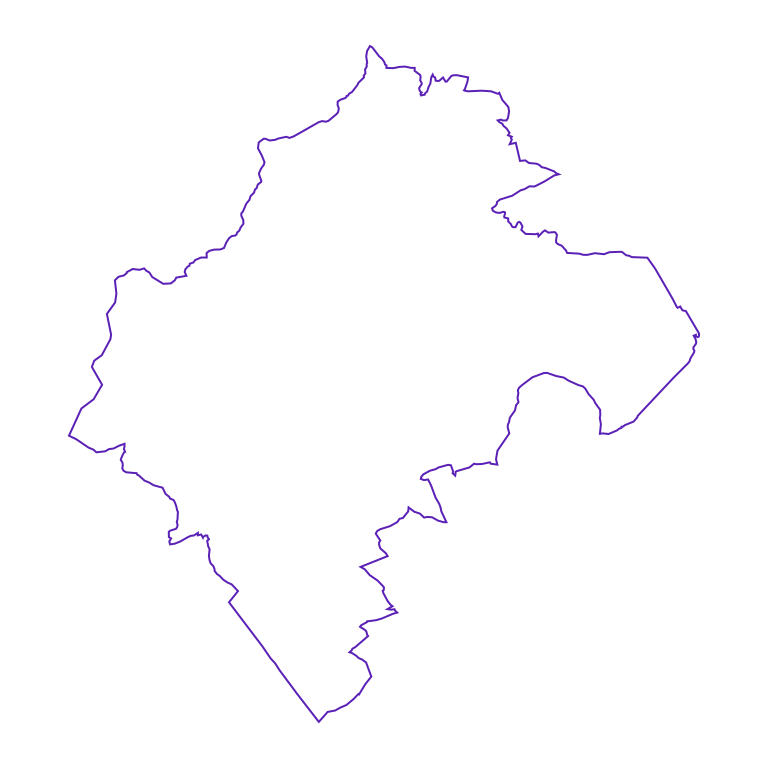 the district of Telega, Prahova, Romania
{"feature_id": "2599482B944231633317", "entity_name": "Telega", "entity_type": "district", "adm_level": 2, "iso_a3": "ROU", "parent_name": "Romania", "parent_adm1": "Prahova", "projection": "natural_earth1", "projection_center": [25.817, 45.132], "detail": "fine", "context": "isolated", "style": "outline", "palette": "violet", "viewbox_px": 768, "rotation_deg": 0, "n_neighbors": 0, "source": "geoboundaries", "source_scale": "gbopen_adm2", "svg_char_len": 6046}
<svg xmlns="http://www.w3.org/2000/svg" viewBox="0 0 768 768"><path d="M318.8,721.9L327.7,711.9L335.2,710.5L340.3,707.6L346.4,705.0L353.5,699.1L358.3,694.1L359.0,694.5L365.2,684.3L371.3,676.6L366.1,662.5L362.2,659.6L358.7,658.1L356.3,655.8L351.9,653.0L349.5,652.3L351.7,650.3L352.4,648.7L355.3,647.1L368.1,636.0L367.2,634.9L366.5,631.9L365.3,630.2L360.0,626.8L361.1,625.3L366.9,622.1L367.0,621.4L376.0,620.2L381.6,618.6L392.9,613.8L397.2,612.6L394.9,610.4L394.5,609.2L391.2,609.7L387.5,609.1L392.5,606.2L390.5,604.7L387.6,601.0L383.4,593.2L382.7,590.8L383.6,590.3L384.0,588.0L383.5,586.7L377.5,580.5L369.7,575.1L364.8,569.3L360.6,566.9L387.6,556.1L386.0,553.4L380.3,548.4L379.1,544.7L379.1,542.4L380.3,540.5L375.8,533.7L376.4,532.3L377.5,530.8L380.3,529.2L389.9,526.2L397.3,522.1L399.5,518.8L402.9,518.0L408.2,511.4L408.6,507.4L414.2,511.7L419.9,513.6L424.1,517.6L427.3,516.9L432.1,517.3L438.0,520.6L443.6,522.2L446.4,522.2L441.3,511.3L440.6,507.6L439.2,503.8L435.7,497.9L431.0,485.3L428.1,479.5L424.0,480.1L420.8,478.9L421.4,476.6L423.4,474.3L430.0,470.7L435.8,469.1L438.1,467.6L448.1,464.8L450.9,465.3L453.2,471.6L452.6,473.2L455.2,475.6L455.7,472.0L456.2,471.3L469.5,467.4L474.1,463.7L476.2,464.2L482.0,464.0L489.8,462.3L490.7,463.7L497.3,464.6L496.0,459.2L497.5,450.6L509.3,433.4L507.7,427.3L507.9,424.6L509.1,421.9L509.8,417.8L515.0,410.4L516.1,405.2L518.5,402.3L517.5,398.0L518.4,393.0L517.9,391.1L518.1,389.6L519.2,387.6L522.3,384.9L532.4,377.3L543.9,373.0L547.1,372.9L556.1,376.0L563.9,377.6L568.6,380.7L578.2,385.0L582.9,386.4L585.3,388.6L588.5,394.0L593.7,399.8L595.1,402.8L600.1,409.8L600.3,415.0L599.8,417.9L600.9,424.3L599.9,433.8L602.8,433.4L608.6,434.0L616.8,430.5L619.3,428.6L621.3,428.0L621.6,426.7L622.9,426.7L624.9,425.1L633.6,421.6L637.3,417.3L637.7,415.9L673.5,377.8L687.9,363.4L689.6,361.2L690.5,358.2L694.1,352.3L694.4,350.9L693.4,349.0L693.4,347.4L695.9,343.8L696.3,342.4L695.5,338.9L693.7,335.7L695.9,334.8L696.0,336.4L697.8,337.1L698.8,336.6L699.0,335.5L699.0,333.4L685.9,311.1L682.4,310.3L680.2,306.5L677.7,307.8L676.7,306.8L672.5,298.6L655.2,268.7L647.4,257.7L631.8,257.1L629.0,255.7L626.2,255.3L622.1,252.0L620.4,251.8L609.4,252.2L604.0,254.2L594.9,253.2L587.2,254.9L583.0,254.8L579.7,253.7L567.1,252.9L566.0,250.5L561.7,245.7L557.9,244.1L556.3,242.7L556.0,240.9L556.9,234.7L555.5,232.6L554.3,232.1L548.3,232.6L545.0,230.4L543.2,231.5L538.5,236.3L537.9,233.6L535.4,234.2L525.6,233.9L521.3,229.9L522.5,226.4L520.4,222.6L519.2,221.9L517.7,222.6L515.5,227.2L512.8,227.1L511.8,226.2L510.9,224.1L508.2,221.4L508.2,218.4L504.4,217.5L504.2,216.5L505.1,213.1L504.7,212.1L503.4,211.8L499.6,212.9L496.0,212.5L492.9,210.8L492.0,208.3L495.4,206.0L496.8,204.0L497.0,202.0L499.8,199.6L512.3,195.7L520.8,190.2L524.4,189.2L529.5,186.3L534.1,186.5L535.8,185.9L544.2,181.6L554.3,175.4L558.8,174.3L555.9,173.0L554.2,171.4L545.5,168.0L541.8,167.2L539.2,164.9L536.6,163.7L528.9,163.0L525.4,160.4L520.0,160.9L515.8,142.8L509.7,144.2L511.8,139.6L510.9,138.0L511.8,136.7L508.0,135.3L509.5,132.8L506.5,128.4L503.5,125.9L502.3,123.7L499.3,122.1L497.7,120.4L501.0,119.6L502.9,120.5L506.5,120.4L508.0,117.9L509.1,111.3L508.3,106.9L502.3,99.9L499.3,92.8L497.9,93.8L491.1,91.3L481.7,90.7L468.0,91.3L464.9,90.7L464.0,90.3L464.9,89.0L467.4,81.8L468.1,77.4L457.0,75.2L454.0,75.2L451.5,75.8L446.7,81.6L445.5,81.6L443.0,77.5L439.4,80.7L438.0,81.0L435.7,80.7L435.2,77.6L433.5,76.6L432.7,74.6L431.3,77.2L430.3,83.7L428.5,87.1L427.2,91.4L424.9,93.6L424.7,94.7L421.0,95.4L420.5,93.9L421.7,92.5L420.8,92.1L419.6,90.4L419.1,88.1L421.7,84.1L421.6,82.8L420.2,80.4L420.6,77.0L420.2,75.0L414.6,70.8L414.7,67.9L411.2,67.9L405.2,66.6L399.5,66.9L393.0,68.2L386.4,67.9L386.5,65.5L385.0,64.4L384.3,62.0L381.9,58.6L379.2,56.4L372.3,47.4L369.9,46.1L367.1,51.0L366.2,56.4L367.2,62.8L366.6,64.1L366.8,66.4L365.1,69.4L365.4,73.6L363.8,75.5L363.9,77.5L358.4,82.8L357.3,85.2L352.0,92.0L349.3,93.6L347.9,95.7L346.6,96.0L346.3,97.2L345.1,98.1L340.5,99.7L337.7,101.6L337.6,105.0L338.8,108.3L338.2,111.9L336.9,113.8L328.5,120.8L326.0,121.7L322.1,121.1L318.7,122.2L293.9,136.3L289.5,137.9L286.3,136.8L278.3,138.5L275.3,139.8L269.9,140.5L265.1,138.7L263.6,138.8L259.3,142.0L258.6,143.0L258.0,148.4L261.7,155.3L264.5,162.2L263.8,164.8L261.0,168.7L259.1,173.0L259.1,174.7L261.3,180.7L261.1,182.0L257.8,184.5L256.6,188.2L255.0,189.5L254.0,192.7L250.5,196.2L249.5,199.7L246.3,203.7L243.0,211.4L241.3,213.4L241.3,215.7L243.3,220.1L243.4,223.8L240.7,227.4L239.2,230.8L237.2,232.4L236.5,234.6L235.3,235.5L231.7,236.1L229.1,238.1L226.3,242.5L224.0,248.0L220.1,249.5L214.1,249.6L209.2,250.9L206.6,253.0L206.7,257.5L201.2,257.5L195.2,260.0L193.4,262.5L189.8,263.7L189.4,265.8L187.8,266.5L185.3,269.4L184.7,272.0L186.4,275.8L176.3,277.6L174.8,280.3L170.9,283.4L163.2,283.8L152.2,277.0L149.4,272.5L146.4,270.8L144.1,268.4L139.5,269.8L132.7,269.0L126.9,272.1L126.8,273.0L124.0,275.4L118.5,276.8L114.9,280.3L116.4,293.6L115.1,302.5L106.9,313.9L111.1,334.7L110.4,339.2L101.8,355.2L94.2,360.7L91.9,367.0L102.1,384.8L93.6,399.3L81.4,408.5L69.0,435.7L76.2,439.2L88.7,447.7L93.3,449.6L96.4,452.3L105.2,451.3L109.0,449.1L113.6,448.5L119.1,445.7L124.5,443.8L124.5,446.7L123.9,448.9L125.1,451.9L124.1,452.4L123.0,454.2L120.8,459.3L120.9,460.2L122.3,462.2L122.8,465.0L122.3,468.5L123.6,470.8L126.3,472.3L136.6,473.2L137.3,474.8L138.7,475.3L144.5,480.6L149.3,482.6L153.7,485.3L162.6,487.7L165.5,493.9L169.1,496.7L170.1,498.6L173.4,499.9L174.5,501.5L176.3,506.3L177.1,510.3L177.9,511.6L177.5,519.4L176.8,522.0L177.6,524.9L177.2,527.0L176.0,528.8L169.9,530.8L168.8,531.9L168.9,537.1L171.1,538.4L169.3,541.5L170.1,544.4L174.7,543.7L180.0,541.6L188.3,536.9L190.9,535.8L193.8,535.5L197.9,532.9L197.8,535.3L201.2,534.5L202.9,537.6L203.1,536.9L205.7,535.4L207.3,535.6L207.6,537.2L209.0,539.2L207.2,540.8L208.2,546.3L209.6,549.3L208.9,555.8L209.6,560.4L210.7,563.4L213.4,566.2L214.5,569.0L214.6,570.9L217.0,574.0L219.9,576.1L223.2,579.6L227.3,582.4L231.7,584.4L238.0,591.1L229.0,602.3L262.5,646.5L270.7,658.5L275.0,663.1L279.7,670.4L296.7,693.3L318.8,721.9Z" fill="none" stroke="#5b21b6" stroke-width="2"/></svg>